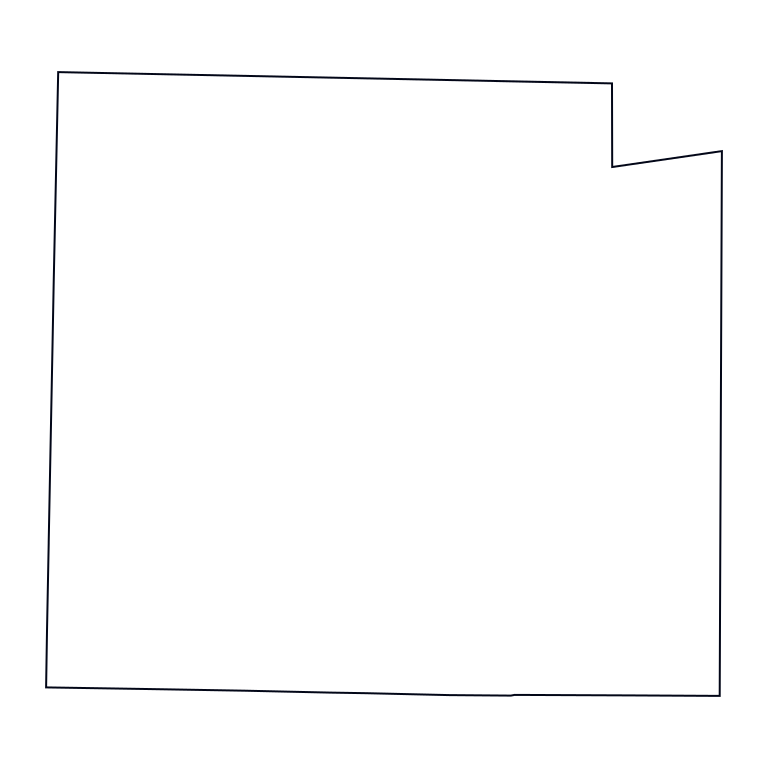 Collin, Texas, United States of America
{"feature_id": "52423323B10774992912194", "entity_name": "Collin", "entity_type": "district", "adm_level": 2, "iso_a3": "USA", "parent_name": "United States of America", "parent_adm1": "Texas", "projection": "mercator", "projection_center": [-96.632, 33.194], "detail": "fine", "context": "isolated", "style": "outline", "palette": "ink", "viewbox_px": 768, "rotation_deg": 0, "n_neighbors": 0, "source": "geoboundaries", "source_scale": "gbopen_adm2", "svg_char_len": 392}
<svg xmlns="http://www.w3.org/2000/svg" viewBox="0 0 768 768"><path d="M719.7,695.9L721.9,151.1L612.2,167.0L612.0,83.4L58.2,72.1L53.7,282.4L52.5,346.4L48.7,542.1L48.7,543.4L47.0,631.1L46.1,687.4L52.3,687.5L96.1,688.2L139.5,688.9L163.8,689.3L245.1,690.7L330.2,692.6L366.6,693.2L449.1,695.1L510.9,695.6L514.6,694.9L629.1,695.4L719.7,695.9Z" fill="none" stroke="#020617" stroke-width="2"/></svg>